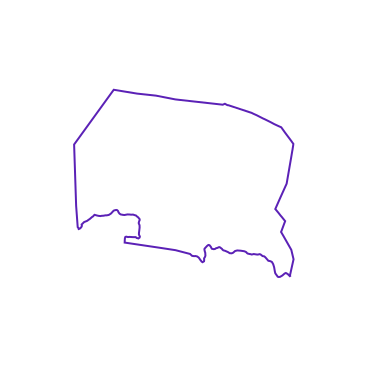 San Pedro Atoyac, Oaxaca, Mexico (Robinson projection), rotated 229°
{"feature_id": "50627088B39199375573066", "entity_name": "San Pedro Atoyac", "entity_type": "district", "adm_level": 2, "iso_a3": "MEX", "parent_name": "Mexico", "parent_adm1": "Oaxaca", "projection": "robinson", "projection_center": [-97.99, 16.522], "detail": "fine", "context": "isolated", "style": "outline", "palette": "violet", "viewbox_px": 384, "rotation_deg": 229, "n_neighbors": 0, "source": "geoboundaries", "source_scale": "gbopen_adm2", "svg_char_len": 2913}
<svg xmlns="http://www.w3.org/2000/svg" viewBox="0 0 384 384"><g transform="rotate(229 192 192)"><path d="M257.6,95.5L242.9,84.5L240.5,82.7L239.6,82.7L238.4,82.2L238.0,83.2L238.0,83.7L238.0,84.8L238.2,85.7L238.7,86.7L239.9,87.4L239.9,88.1L240.0,89.7L240.1,90.7L239.8,91.7L239.5,92.5L239.0,94.0L238.9,95.7L238.7,97.0L238.7,98.5L238.7,100.1L238.5,101.5L238.7,102.6L238.7,103.5L236.4,105.0L235.2,105.9L233.9,107.1L233.3,108.2L232.2,109.6L231.1,111.5L230.3,112.4L229.3,114.1L228.9,116.5L229.0,117.8L229.2,119.4L229.3,120.7L228.9,121.7L228.2,123.0L227.4,123.6L226.2,123.7L224.8,123.2L223.2,123.1L221.8,123.5L220.8,124.3L219.9,125.0L218.9,126.0L218.1,127.4L217.4,128.6L216.1,130.0L214.8,131.2L213.6,132.7L212.4,133.4L211.0,134.3L209.7,134.4L208.5,134.7L207.7,134.7L206.1,134.7L205.2,134.2L204.8,133.3L203.8,131.7L203.0,131.1L202.1,130.9L201.2,130.5L199.5,129.1L198.6,128.1L197.4,126.8L196.5,125.8L195.9,125.1L194.9,124.2L194.0,123.8L192.7,123.5L192.0,122.6L192.1,121.1L193.0,120.5L193.6,120.1L194.9,119.9L195.7,119.0L196.7,117.8L198.0,116.5L199.1,115.4L200.0,114.1L201.4,113.1L201.8,112.3L201.2,111.1L199.4,109.3L198.3,108.3L198.0,108.0L170.8,131.3L158.9,141.4L146.5,149.9L146.2,149.9L145.4,150.0L143.7,150.2L142.9,150.9L142.2,151.5L141.4,152.6L140.0,153.6L138.3,154.0L137.3,154.0L135.9,153.8L134.8,153.7L134.1,153.7L133.2,153.6L132.1,153.9L131.8,155.6L132.6,156.5L134.0,157.6L134.4,159.0L135.1,160.3L137.4,162.1L138.8,162.7L140.4,163.6L141.0,164.3L141.2,166.1L141.4,168.0L141.3,169.6L140.4,170.3L139.3,170.3L138.0,170.2L136.7,169.8L136.0,169.8L134.5,171.0L133.9,172.1L133.8,173.2L133.1,174.6L132.8,175.9L132.2,176.7L130.9,177.0L129.4,177.3L128.3,177.2L127.4,177.4L125.9,178.4L124.6,179.0L122.9,179.8L121.1,180.3L120.3,181.1L119.7,181.7L119.2,183.1L119.2,183.9L119.2,185.8L118.2,187.8L116.8,189.2L115.8,190.2L114.5,191.3L113.1,192.5L112.0,193.1L110.9,193.5L110.2,193.4L109.1,193.6L107.5,194.7L106.7,195.4L105.7,196.0L105.0,197.2L104.7,197.9L103.7,198.7L102.3,199.9L101.6,200.6L100.7,202.3L99.8,202.8L98.1,203.1L97.4,203.2L96.0,204.3L94.6,204.5L90.0,204.5L89.0,205.3L88.1,205.9L86.6,206.4L84.2,205.9L81.3,204.6L77.5,202.3L75.9,201.5L73.6,201.3L72.5,201.2L71.9,201.1L70.9,201.7L70.2,202.8L69.7,205.4L69.7,208.4L69.3,209.7L67.4,210.4L63.5,210.7L64.3,211.0L65.0,211.5L74.6,224.5L83.2,229.0L99.1,232.2L103.4,233.0L104.1,234.4L105.0,236.0L106.3,238.4L108.0,241.5L108.3,242.1L108.9,243.2L109.4,243.2L114.4,243.4L116.1,243.4L119.8,243.6L124.4,243.7L124.5,243.7L129.9,255.2L136.2,268.9L153.0,289.5L157.2,294.6L157.9,295.5L161.2,299.4L161.9,300.1L163.5,300.2L165.2,300.4L173.4,301.0L176.0,301.2L182.3,301.8L184.6,300.7L189.3,298.6L192.5,297.4L195.2,296.3L199.5,294.5L200.5,294.0L207.7,291.1L207.9,291.0L209.6,290.2L210.9,289.6L212.4,289.0L233.6,276.4L234.3,275.7L237.0,274.7L237.7,272.5L270.7,242.1L272.9,240.1L288.4,228.0L302.3,215.1L320.5,200.0L305.2,134.2L257.6,95.5Z" fill="none" stroke="#5b21b6" stroke-width="2"/></g></svg>